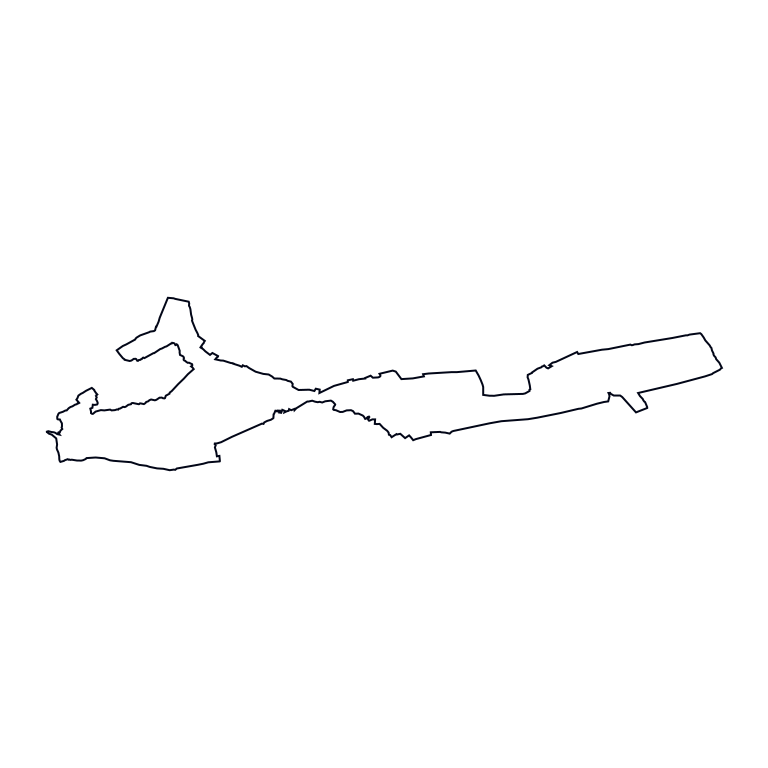 Harlau, Iasi, Romania (Robinson projection)
{"feature_id": "2599482B57986450860994", "entity_name": "Harlau", "entity_type": "district", "adm_level": 2, "iso_a3": "ROU", "parent_name": "Romania", "parent_adm1": "Iasi", "projection": "robinson", "projection_center": [26.866, 47.433], "detail": "fine", "context": "isolated", "style": "outline", "palette": "ink", "viewbox_px": 768, "rotation_deg": 0, "n_neighbors": 0, "source": "geoboundaries", "source_scale": "gbopen_adm2", "svg_char_len": 6038}
<svg xmlns="http://www.w3.org/2000/svg" viewBox="0 0 768 768"><path d="M721.9,367.9L719.3,362.7L716.2,359.2L715.6,357.4L713.9,355.5L713.4,354.0L713.5,353.5L712.0,350.5L711.4,347.9L710.6,347.1L709.7,345.4L705.3,340.4L703.7,337.5L701.3,334.1L700.1,333.2L689.5,334.6L687.6,335.3L686.0,335.3L672.3,338.0L644.6,342.5L638.4,344.1L634.5,344.4L632.7,345.1L631.6,345.2L630.4,344.6L608.3,349.1L602.0,349.7L578.3,354.0L577.1,352.0L555.8,361.9L552.5,362.7L549.3,365.2L551.7,366.2L548.1,368.4L546.5,367.7L544.2,365.4L542.7,366.4L542.0,366.5L541.3,367.3L537.5,368.7L532.0,372.5L532.0,372.9L527.8,374.9L527.6,377.3L528.5,379.6L529.8,385.5L530.3,389.3L529.5,389.7L529.5,391.0L525.2,393.4L523.0,393.9L503.8,394.4L494.2,395.8L489.3,395.7L483.2,394.9L483.2,387.0L482.5,384.5L480.7,380.0L478.6,375.5L475.7,370.5L457.2,372.1L452.1,372.1L428.7,373.5L423.1,374.2L423.9,376.4L412.8,378.4L401.4,379.1L395.8,371.6L392.7,370.6L379.5,373.8L380.4,375.4L380.3,376.2L379.5,376.9L378.1,377.4L372.9,377.7L370.6,375.7L365.1,378.0L365.2,378.5L359.0,379.2L353.2,380.7L352.9,379.2L347.8,380.3L347.8,382.0L334.0,385.9L319.4,393.0L319.7,389.6L315.8,388.7L314.4,391.0L309.2,389.7L298.6,390.0L292.8,386.8L292.4,386.1L292.7,383.9L290.9,381.6L287.8,380.9L286.2,380.0L282.3,379.3L280.3,378.6L274.3,378.5L272.2,376.6L268.7,374.5L263.3,373.9L255.6,371.7L248.9,367.9L246.5,366.1L244.8,366.3L242.8,365.3L241.8,366.8L239.4,365.7L233.5,363.8L233.6,363.6L232.6,363.2L230.8,363.0L223.2,360.6L220.7,360.5L215.3,359.3L216.6,357.7L218.0,356.6L218.1,356.1L212.4,353.0L210.0,354.9L205.3,351.3L203.2,349.2L201.4,348.0L201.2,347.9L201.5,347.5L200.6,347.2L202.7,344.1L203.7,343.1L203.8,342.4L204.8,340.9L198.1,336.0L198.2,335.0L197.4,333.1L195.6,329.7L192.2,321.2L192.0,320.4L192.3,319.8L192.1,318.2L191.1,314.6L190.4,309.2L189.8,307.1L189.3,306.4L189.0,305.5L189.2,303.5L188.7,301.7L175.3,298.9L173.6,298.3L167.9,297.8L159.7,317.8L158.6,321.7L156.4,326.8L156.0,326.7L155.1,330.3L153.9,331.1L150.2,331.6L148.9,332.3L140.2,335.4L136.6,337.6L135.6,338.6L135.2,339.5L126.3,344.4L122.8,346.0L116.7,350.3L119.3,353.9L122.9,358.2L124.5,359.3L124.6,359.8L129.7,361.0L131.5,360.5L133.7,358.9L135.6,358.8L136.2,359.1L137.3,360.8L138.1,360.8L138.9,360.0L140.5,359.8L141.3,359.0L142.1,358.8L142.6,358.0L143.2,357.6L144.4,358.1L153.5,353.1L154.2,353.1L160.3,349.0L161.7,348.6L165.1,346.8L166.5,346.4L171.2,343.4L171.7,343.5L172.1,342.8L173.8,343.1L174.6,343.6L175.4,345.1L175.8,345.1L176.7,344.3L177.7,345.2L179.7,350.8L179.6,352.4L180.0,354.9L182.8,356.2L183.5,356.8L184.0,358.1L183.6,359.0L183.7,359.9L184.4,360.6L185.2,360.8L186.2,361.8L187.7,362.8L189.0,362.7L192.1,364.2L192.3,365.1L192.2,365.6L191.1,366.4L192.6,367.6L193.7,369.1L187.9,374.2L183.9,378.6L178.2,384.1L171.7,391.1L169.7,392.6L169.5,393.7L165.8,395.7L165.0,398.1L164.5,398.4L162.9,398.2L161.8,397.6L159.5,397.7L156.4,399.8L154.9,400.3L151.1,399.5L149.4,400.2L148.2,401.3L146.2,402.0L145.4,403.1L143.9,404.1L140.7,403.4L139.9,403.4L139.2,404.1L138.7,404.2L132.9,403.0L131.9,403.1L131.4,403.4L131.0,404.2L128.3,404.8L125.6,406.8L124.4,407.1L123.1,406.8L120.2,408.5L118.7,408.8L118.2,409.6L117.0,409.4L115.0,410.1L111.6,410.4L110.1,409.6L104.3,410.4L100.9,410.1L95.6,411.6L93.0,413.8L92.2,413.9L91.0,413.1L91.0,411.4L90.3,408.6L92.4,407.8L92.8,404.7L94.9,404.9L97.1,404.5L97.6,403.7L97.7,402.9L97.2,401.4L95.9,399.1L96.7,397.4L96.0,396.0L96.4,395.8L96.7,395.2L96.6,394.7L97.2,394.4L95.7,392.6L94.2,390.3L94.2,389.9L91.8,387.9L86.0,390.8L82.8,392.9L80.9,393.8L78.4,395.6L77.4,398.2L76.4,399.7L79.2,402.9L78.4,403.4L77.6,403.3L76.8,404.2L75.0,404.7L72.5,406.3L70.5,407.0L68.7,408.2L66.7,410.4L65.4,410.5L62.9,411.8L59.2,413.0L58.4,413.9L57.2,416.8L57.3,418.9L58.0,419.4L59.9,419.5L60.6,421.1L61.9,423.3L62.0,426.3L61.6,427.6L62.3,429.0L60.5,430.6L59.8,432.4L58.6,432.3L58.3,432.5L58.2,432.9L59.5,434.6L57.2,434.1L55.3,432.8L53.9,432.3L51.4,432.0L48.3,431.2L46.1,431.9L46.9,432.0L49.0,433.7L51.7,434.6L56.2,438.4L57.1,444.5L56.6,447.8L57.0,449.5L58.4,452.6L59.2,456.3L59.3,459.2L59.6,460.7L60.4,461.9L63.9,460.9L64.9,460.2L67.7,459.2L68.6,459.7L69.1,459.5L70.2,459.9L71.8,459.7L76.8,460.5L81.2,460.6L83.1,460.2L85.7,459.0L86.5,458.1L95.6,457.5L104.6,458.3L110.0,460.3L113.3,460.8L131.0,462.2L139.3,464.9L146.5,465.8L149.7,466.9L157.1,468.4L163.4,468.8L169.7,470.2L173.8,469.6L175.3,469.8L176.8,468.5L197.9,464.8L203.4,463.7L208.3,462.3L219.7,461.4L219.9,461.1L219.4,455.9L216.9,456.3L216.3,452.3L214.9,447.4L215.7,445.3L215.1,444.3L214.7,444.1L214.8,443.5L217.0,443.4L221.1,442.2L232.0,436.8L262.0,423.6L263.5,423.9L264.2,422.5L265.2,421.9L267.2,420.9L270.8,419.8L272.9,418.5L273.4,418.0L273.6,414.3L274.0,414.0L275.4,410.7L276.6,410.8L276.7,411.3L277.5,411.4L278.0,411.0L278.0,410.6L279.8,410.7L279.2,412.5L281.2,412.8L282.3,409.8L284.8,410.9L284.4,412.4L286.7,411.3L288.6,410.8L289.1,409.1L291.2,410.2L294.5,408.9L294.6,410.1L296.4,408.2L307.3,401.5L308.7,401.5L312.2,400.7L315.1,401.7L317.8,402.2L319.6,401.8L322.2,402.5L325.2,401.3L330.9,400.6L332.9,401.8L335.2,404.4L335.0,405.1L333.8,406.7L333.4,408.0L333.2,409.4L333.8,409.9L335.9,410.2L340.1,412.0L342.7,411.9L346.6,410.4L351.0,410.2L353.0,411.1L355.0,413.7L358.5,413.6L362.7,415.5L363.8,416.5L365.2,418.9L366.1,418.6L367.7,417.0L369.0,416.6L369.3,417.0L369.2,417.4L368.0,419.2L368.8,420.6L369.4,420.7L372.3,419.4L375.1,419.4L374.8,423.9L376.9,424.1L379.6,423.9L383.2,427.8L387.2,430.8L388.6,432.6L388.9,434.7L390.2,435.1L391.6,437.2L396.5,434.1L396.9,434.5L400.3,433.8L405.1,438.1L409.1,435.4L410.9,437.3L413.2,440.2L415.9,439.1L431.0,435.0L430.8,432.3L440.2,431.9L441.2,432.3L445.2,432.6L449.7,433.6L451.6,431.7L453.3,431.0L489.6,423.3L501.4,421.2L528.0,419.2L537.2,417.7L560.7,413.0L578.5,408.8L581.4,408.5L597.0,403.7L604.0,402.0L608.2,401.4L609.5,396.3L609.2,394.5L608.5,393.0L610.1,392.8L610.7,393.8L613.7,395.5L620.1,395.5L622.2,397.0L636.0,412.4L647.2,408.0L647.2,407.1L645.1,402.1L644.4,401.7L643.4,400.4L642.7,398.9L640.0,396.1L638.1,393.0L677.0,383.9L705.0,376.4L712.0,374.1L713.2,373.1L719.9,369.7L721.2,368.2L721.9,367.9Z" fill="none" stroke="#020617" stroke-width="2"/></svg>